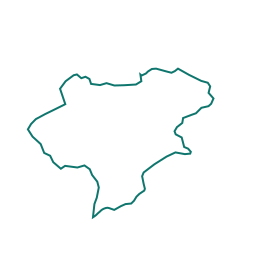 Kembé, Basse-Kotto, Central African Republic (Albers equal-area conic projection), rotated 336°
{"feature_id": "33826404B30338372331060", "entity_name": "Kembé", "entity_type": "district", "adm_level": 2, "iso_a3": "CAF", "parent_name": "Central African Republic", "parent_adm1": "Basse-Kotto", "projection": "albers", "projection_center": [21.614, 4.522], "detail": "fine", "context": "isolated", "style": "outline", "palette": "teal", "viewbox_px": 256, "rotation_deg": 336, "n_neighbors": 0, "source": "geoboundaries", "source_scale": "gbopen_adm2", "svg_char_len": 1245}
<svg xmlns="http://www.w3.org/2000/svg" viewBox="0 0 256 256"><g transform="rotate(336 128 128)"><path d="M161.1,84.2L159.2,90.7L152.9,91.5L142.0,87.4L132.8,83.6L126.6,78.3L119.9,77.4L112.2,72.7L112.7,67.5L110.0,63.9L105.6,63.5L103.1,58.3L99.8,57.7L90.0,59.9L81.9,64.5L80.4,80.7L79.0,80.8L66.7,81.3L58.0,81.6L47.4,82.4L41.1,84.9L36.0,88.5L37.3,97.1L41.7,107.2L41.3,116.7L45.6,121.7L45.8,128.8L50.1,137.9L55.1,137.0L65.7,143.5L73.0,144.5L76.3,150.1L76.1,156.3L78.1,164.6L77.1,170.5L71.1,179.0L66.4,183.8L59.7,195.3L61.6,195.0L63.6,194.5L65.7,193.7L68.4,192.9L69.7,192.4L71.4,192.0L73.4,191.9L75.4,192.1L77.0,192.6L78.3,193.6L82.1,197.2L89.8,196.5L94.8,196.5L100.2,198.3L103.9,196.9L107.8,194.2L111.6,192.8L117.4,191.8L118.7,190.4L119.6,185.3L121.3,177.8L124.2,175.0L137.3,171.9L151.6,169.8L161.4,169.6L169.3,175.0L174.4,176.7L175.7,175.3L174.5,171.3L171.6,168.2L173.2,158.5L169.0,153.2L169.2,149.9L173.1,147.1L179.6,145.5L182.4,141.3L191.2,141.8L196.1,142.2L203.3,139.4L210.4,140.8L213.8,139.7L218.1,135.8L215.9,128.7L220.0,123.4L219.3,119.1L214.1,114.8L205.3,104.2L197.8,94.1L193.9,95.1L190.2,95.2L186.5,92.3L181.5,88.2L177.8,85.2L173.8,83.8L169.2,84.5L166.6,85.5L161.8,85.6L161.1,84.2Z" fill="none" stroke="#0f766e" stroke-width="2"/></g></svg>